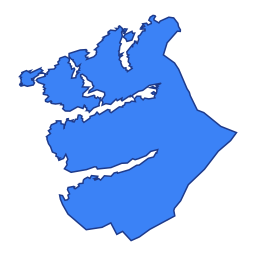 Snillfjord nor, Sør-Trøndelag, Norway (orthographic projection)
{"feature_id": "86288312B69677732452167", "entity_name": "Snillfjord nor", "entity_type": "district", "adm_level": 2, "iso_a3": "NOR", "parent_name": "Norway", "parent_adm1": "Sør-Trøndelag", "projection": "orthographic", "projection_center": [9.339, 63.426], "detail": "fine", "context": "isolated", "style": "filled", "palette": "blue", "viewbox_px": 256, "rotation_deg": 0, "n_neighbors": 0, "source": "geoboundaries", "source_scale": "gbopen_adm2", "svg_char_len": 5547}
<svg xmlns="http://www.w3.org/2000/svg" viewBox="0 0 256 256"><path d="M180.3,31.4L180.4,29.8L178.5,26.5L177.9,23.3L173.7,17.9L168.8,17.2L160.2,21.1L158.9,22.9L154.1,20.1L153.9,18.8L155.5,16.4L154.9,15.7L153.0,15.4L150.2,17.2L148.8,20.2L151.1,21.9L151.3,23.5L147.9,25.0L146.6,23.2L142.7,23.8L144.6,26.4L142.6,27.3L142.3,25.8L141.0,27.6L142.4,27.3L140.9,29.1L145.0,29.0L145.0,30.8L142.7,31.1L140.2,35.0L138.0,36.3L138.6,36.1L138.1,36.9L138.8,39.1L137.2,43.5L136.1,42.7L136.1,41.4L134.7,41.1L134.2,43.5L132.7,44.5L132.7,47.3L131.9,45.5L126.8,51.9L127.3,54.5L128.8,55.0L127.2,56.8L128.8,57.7L128.2,61.7L130.3,64.1L129.1,65.8L131.7,67.0L131.2,67.7L132.1,68.5L127.4,71.6L127.2,70.3L126.0,70.1L125.9,67.8L123.7,68.1L122.0,66.1L120.8,62.7L121.0,61.3L119.2,59.7L119.9,57.3L122.4,55.5L121.4,54.8L122.5,53.3L120.3,54.2L119.6,56.4L118.9,55.6L119.1,51.8L118.6,51.1L119.4,50.3L119.8,46.5L121.2,43.8L119.7,42.9L122.3,36.2L121.6,32.4L123.5,31.5L122.4,31.2L123.5,30.5L124.9,31.3L123.8,33.4L124.5,33.5L127.0,29.1L124.4,28.8L122.4,30.1L122.3,28.4L119.6,25.9L118.6,26.4L119.0,27.2L118.2,28.4L116.2,28.4L117.3,29.1L115.4,30.7L110.6,30.1L108.0,32.1L108.1,33.4L109.3,33.2L109.6,33.5L108.5,34.8L103.3,37.2L104.1,37.5L102.4,39.5L102.8,40.1L97.3,44.6L98.6,46.3L94.6,49.7L96.3,50.1L96.7,52.3L96.2,52.8L96.3,54.3L93.8,56.8L86.7,59.4L87.8,57.3L85.9,57.2L85.3,55.9L89.1,52.9L86.3,51.8L86.1,51.0L86.8,50.3L86.1,49.6L80.1,50.0L69.1,53.5L69.0,56.4L71.5,59.4L73.1,59.7L72.9,60.7L74.9,63.1L75.9,66.0L77.4,66.7L80.1,64.7L79.3,66.8L79.8,68.1L78.8,69.3L79.6,70.2L76.8,71.4L76.9,72.9L78.3,72.9L76.1,75.3L75.8,77.7L71.6,78.2L72.2,75.0L74.7,69.2L74.1,68.1L71.7,69.2L71.2,66.9L71.5,66.2L70.5,65.9L70.1,63.6L68.1,62.7L69.4,60.8L69.2,58.5L65.1,56.4L60.1,58.1L59.5,58.9L59.6,60.4L57.9,61.9L58.6,64.3L54.8,65.7L55.7,67.3L54.2,69.0L48.6,69.5L49.0,70.8L47.1,72.6L47.6,73.2L47.3,74.2L44.1,73.5L45.7,74.6L44.8,75.2L45.1,76.3L37.7,78.5L36.2,80.3L38.5,82.5L44.4,84.6L43.2,87.0L45.3,88.5L43.9,89.5L44.8,90.0L44.3,92.1L45.1,92.1L43.3,92.9L43.4,94.3L47.4,95.1L48.7,96.6L45.4,99.9L45.6,101.4L47.8,102.1L50.9,100.9L51.6,101.6L50.8,102.7L51.8,103.4L55.5,104.0L61.1,103.3L61.5,104.0L60.9,104.7L63.4,104.9L63.6,107.2L62.7,108.7L65.3,111.0L70.0,111.1L77.8,106.7L83.0,108.5L84.3,105.1L85.3,105.9L85.3,107.3L86.7,107.9L86.6,109.5L87.3,110.1L86.6,110.6L88.8,110.7L89.3,112.2L93.5,108.0L99.2,105.7L99.0,104.0L100.4,100.1L99.8,98.7L101.3,97.5L99.3,98.3L97.7,97.0L96.4,98.3L94.8,97.5L94.8,95.9L94.0,95.3L87.5,97.3L82.7,96.5L83.0,93.4L88.2,88.7L87.9,87.8L88.9,87.1L82.3,86.9L84.0,83.0L83.0,82.1L83.8,80.4L81.4,78.1L82.0,77.4L80.6,76.7L80.7,74.8L82.5,74.2L86.5,77.0L87.5,79.6L92.0,82.2L92.7,85.2L93.8,86.1L92.8,88.2L89.4,90.6L88.7,92.8L97.0,89.7L104.5,92.4L104.8,95.3L101.5,100.1L102.9,102.1L102.1,105.2L105.8,103.6L110.7,104.4L116.1,99.1L117.2,100.7L121.9,98.1L121.4,100.3L122.1,100.9L128.9,96.4L130.6,97.1L129.6,96.2L130.6,95.5L132.9,97.1L132.4,95.6L133.1,94.7L138.5,91.3L142.7,90.4L149.3,85.4L161.2,83.2L156.9,85.6L155.5,85.1L157.9,86.4L156.7,87.0L157.4,87.7L155.7,87.6L156.2,88.4L152.9,86.6L150.1,87.6L156.5,88.8L156.9,91.2L156.3,93.4L153.7,91.7L151.5,93.1L152.8,94.2L155.4,93.9L154.3,96.6L154.9,97.8L148.8,98.9L144.7,98.1L143.1,99.9L140.7,97.7L140.7,96.3L136.9,96.2L134.4,98.8L135.4,101.6L131.6,101.1L129.8,102.5L125.3,102.7L124.6,104.9L122.6,106.0L122.7,107.0L119.3,106.9L111.1,112.7L109.5,111.5L110.0,110.1L107.7,109.5L99.4,114.6L97.0,112.1L94.7,114.9L90.1,116.5L90.0,118.1L83.9,122.4L82.4,120.7L82.7,118.8L81.4,118.2L82.0,116.2L80.1,115.0L78.3,115.1L77.4,119.2L75.6,119.3L74.1,122.0L72.3,121.6L73.1,120.0L70.2,120.9L67.8,119.9L68.2,118.7L67.0,118.8L66.6,119.7L67.6,119.9L65.6,122.3L65.2,124.6L64.2,126.6L64.3,128.1L64.0,128.3L64.2,124.4L61.1,123.7L60.9,120.9L56.3,120.9L56.7,122.6L51.4,124.8L50.1,127.5L51.0,128.9L48.4,130.7L50.5,133.6L46.4,136.7L47.3,137.9L46.9,138.9L48.5,143.7L50.5,146.7L52.4,152.0L56.3,153.7L56.0,156.3L57.8,156.9L58.1,158.2L59.8,158.1L58.6,159.4L58.9,160.3L63.5,158.5L65.8,154.3L67.9,159.3L66.4,162.1L67.1,164.8L64.4,168.8L71.1,172.3L86.5,169.6L94.5,166.8L96.4,167.0L97.4,169.0L110.9,167.6L121.7,163.3L127.4,163.0L132.7,158.7L135.1,159.7L138.4,158.7L146.2,155.6L150.7,151.4L157.7,149.6L156.7,153.1L156.0,152.8L153.6,157.0L148.3,158.3L139.3,165.0L136.6,165.3L129.2,169.8L117.5,173.2L117.2,172.2L114.1,173.0L111.1,176.3L104.4,175.8L100.6,180.1L98.7,178.6L94.3,180.3L95.5,179.2L94.1,178.7L97.4,177.5L97.8,176.3L91.5,175.6L89.9,178.4L87.7,177.2L84.5,178.9L83.4,180.1L82.9,183.3L79.2,183.6L78.7,184.8L79.3,184.9L78.5,184.8L79.1,186.0L75.4,188.7L74.3,188.5L74.0,187.7L74.7,187.0L73.8,186.4L68.1,187.5L67.5,189.6L69.6,193.9L67.9,195.1L68.8,198.3L67.3,199.8L65.0,200.3L62.5,195.6L59.6,195.0L60.4,199.2L62.6,204.6L68.0,214.1L86.2,229.7L102.1,227.3L110.8,222.9L116.8,234.4L122.6,231.4L131.1,240.6L139.4,236.9L149.9,229.3L174.8,215.9L173.8,210.5L174.5,208.2L180.7,200.7L188.3,184.7L204.5,169.2L218.3,151.2L230.6,140.6L236.5,132.6L220.8,126.4L203.8,112.6L197.3,110.1L190.3,95.8L189.3,92.3L187.0,88.7L178.7,69.3L174.5,62.9L163.4,54.9L167.1,42.8L177.3,31.2L180.3,31.4ZM40.6,68.2L30.3,73.0L29.3,72.3L30.8,70.6L28.0,71.5L26.5,70.6L21.2,72.8L23.1,72.4L19.5,76.7L21.4,77.3L20.5,78.5L21.3,79.5L21.0,81.6L22.3,83.9L21.5,84.7L20.3,83.5L19.7,84.8L21.0,86.1L24.1,85.2L27.3,86.3L33.3,85.0L34.5,82.9L33.6,81.9L33.9,80.8L31.8,80.0L31.6,78.8L33.6,79.3L34.0,78.4L33.3,78.2L38.6,74.8L38.2,74.1L38.8,73.5L44.0,73.2L40.6,72.4L42.8,70.6L40.3,68.8L40.6,68.2ZM132.0,31.3L125.2,34.5L123.3,37.0L125.8,38.9L126.9,41.4L131.9,40.1L134.7,33.1L132.6,33.3L132.0,31.3Z" fill="#3b82f6" stroke="#1e3a8a" stroke-width="1.5"/></svg>